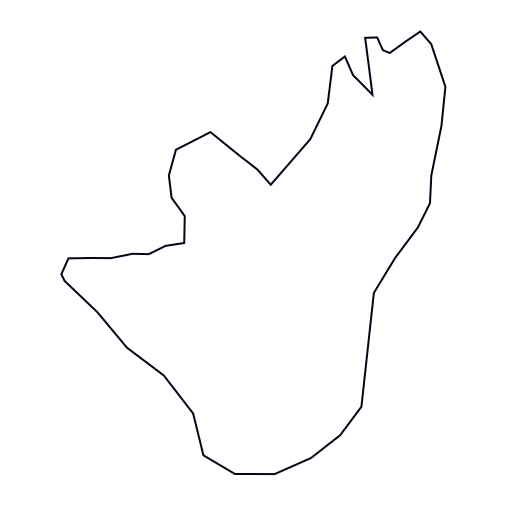 Busan, Mercator projection, rotated 178°
{"feature_id": "KOR-2507", "entity_name": "Busan", "entity_type": "Metropolitan City", "adm_level": 1, "iso_a3": "KOR", "parent_name": "South Korea", "parent_adm1": "", "projection": "mercator", "projection_center": [129.065, 35.158], "detail": "fine", "context": "isolated", "style": "outline", "palette": "ink", "viewbox_px": 512, "rotation_deg": 178, "n_neighbors": 0, "source": "natural_earth", "source_scale": "10m", "svg_char_len": 741}
<svg xmlns="http://www.w3.org/2000/svg" viewBox="0 0 512 512"><g transform="rotate(178 256 256)"><path d="M451.2,244.6L443.5,260.2L419.2,259.7L401.3,258.9L379.3,262.5L363.1,261.6L346.0,269.3L327.3,271.5L325.8,298.4L338.3,317.1L340.3,339.5L332.3,365.0L297.2,381.4L268.8,356.7L251.6,342.4L238.8,326.7L197.7,370.8L179.0,405.9L173.0,443.3L160.2,452.3L152.7,433.4L134.0,413.1L135.6,431.2L139.3,470.2L127.3,470.2L122.0,457.3L115.3,454.2L99.2,465.0L84.0,474.6L73.5,461.7L60.8,418.5L66.1,379.7L78.0,330.3L80.3,302.6L93.3,278.8L117.1,249.1L139.5,215.0L155.9,101.7L178.2,73.9L208.1,52.2L245.0,37.4L284.7,38.9L315.5,58.6L324.3,100.8L352.3,139.8L388.1,168.8L416.5,205.4L448.1,237.7L451.2,244.6Z" fill="none" stroke="#020617" stroke-width="2"/></g></svg>